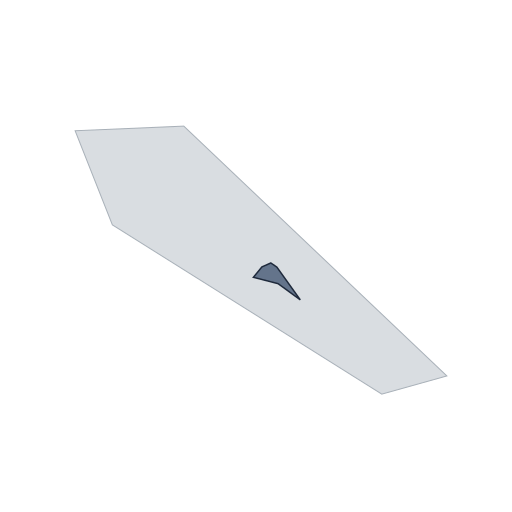 where Sandy Ground sits in Anguilla, rotated 242°
{"feature_id": "AIA-5120", "entity_name": "Sandy Ground", "entity_type": "District", "adm_level": 1, "iso_a3": "AIA", "parent_name": "Anguilla", "parent_adm1": "", "projection": "mercator", "projection_center": [-63.084, 18.219], "detail": "fine", "context": "in_parent", "style": "filled", "palette": "slate", "viewbox_px": 512, "rotation_deg": 242, "n_neighbors": 0, "source": "natural_earth", "source_scale": "10m", "svg_char_len": 387}
<svg xmlns="http://www.w3.org/2000/svg" viewBox="0 0 512 512"><g transform="rotate(242 256 256)"><path d="M404.6,253.2L60.5,368.2L75.0,302.2L350.9,143.8L451.5,155.1L404.6,253.2Z" fill="#d9dde1" stroke="#a8b0b8" stroke-width="1"/><path d="M196.5,274.5L221.2,262.5L238.4,243.7L243.6,256.1L242.9,265.8L236.4,269.2L196.5,274.5Z" fill="#64748b" stroke="#1e293b" stroke-width="1.5"/></g></svg>